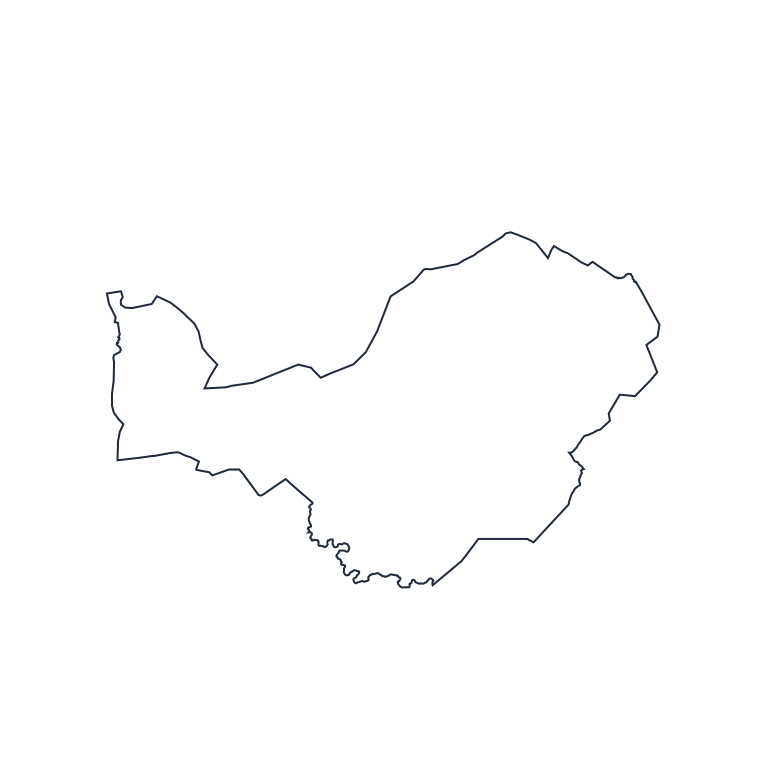 outline of Suru, Kebbi, Nigeria, rotated 62°
{"feature_id": "59680162B61567493958965", "entity_name": "Suru", "entity_type": "district", "adm_level": 2, "iso_a3": "NGA", "parent_name": "Nigeria", "parent_adm1": "Kebbi", "projection": "robinson", "projection_center": [4.167, 11.787], "detail": "fine", "context": "isolated", "style": "outline", "palette": "slate", "viewbox_px": 768, "rotation_deg": 62, "n_neighbors": 0, "source": "geoboundaries", "source_scale": "gbopen_adm2", "svg_char_len": 6165}
<svg xmlns="http://www.w3.org/2000/svg" viewBox="0 0 768 768"><g transform="rotate(62 384 384)"><path d="M330.8,183.7L324.5,188.0L315.1,195.9L309.5,200.9L308.2,206.0L309.5,210.0L311.8,240.2L312.6,243.5L312.2,255.2L312.7,262.5L304.7,288.8L301.9,293.4L301.7,295.2L307.3,309.9L309.7,337.0L334.3,365.4L347.4,385.2L352.3,401.8L349.4,427.3L348.8,436.9L340.3,439.5L335.3,440.8L326.6,450.6L321.4,499.0L316.5,512.6L314.3,518.6L312.6,525.3L303.7,544.5L296.3,535.0L288.6,522.1L275.0,525.8L266.8,527.3L258.5,525.3L250.8,523.1L241.4,523.1L232.4,526.2L227.1,527.8L220.4,530.5L216.7,532.1L212.0,534.3L199.9,543.3L204.3,551.5L198.8,570.5L195.1,576.6L190.6,579.0L187.8,577.8L186.4,576.8L184.6,573.8L178.7,572.7L174.0,586.1L184.0,589.2L199.0,589.6L203.0,592.7L205.1,590.2L214.4,593.6L215.6,593.7L217.7,595.7L217.9,596.7L218.8,596.7L219.4,596.1L220.2,596.4L220.5,597.6L221.2,598.5L222.4,598.9L222.8,599.3L222.4,600.6L223.4,601.4L224.4,601.3L225.3,600.8L227.7,600.0L230.4,600.4L231.7,602.2L231.7,607.1L231.8,608.9L233.8,610.7L238.2,612.2L254.1,621.1L265.0,628.8L275.4,634.3L282.3,636.0L290.8,634.8L297.2,633.0L302.1,639.6L309.5,645.6L326.2,655.1L333.7,636.2L338.9,622.0L339.6,620.9L344.4,605.7L346.9,599.3L348.1,597.3L354.1,592.9L354.9,592.0L355.4,591.8L357.2,589.7L365.6,583.8L370.9,589.7L371.7,590.0L380.0,579.6L384.1,578.5L386.7,561.1L391.5,552.0L397.4,550.6L423.0,546.9L424.5,545.4L424.8,544.4L424.8,542.0L421.9,517.1L421.8,515.4L428.8,513.0L454.9,502.9L455.9,503.2L456.1,503.8L456.3,505.8L456.8,506.7L457.1,507.7L457.8,507.9L459.3,507.4L460.2,507.4L460.9,507.9L461.3,508.7L462.2,509.4L464.0,509.8L464.8,510.3L465.9,511.9L467.6,513.8L469.6,514.4L472.0,514.8L474.2,514.8L475.2,515.1L475.7,515.9L475.2,517.8L475.5,518.6L476.1,519.2L476.7,519.2L477.4,518.9L478.4,518.8L479.0,519.2L479.5,520.5L480.4,518.5L481.3,517.9L482.4,517.9L483.1,518.4L484.0,519.9L485.0,521.3L485.6,521.3L486.8,520.7L487.8,521.2L488.5,521.0L488.8,520.3L488.8,518.7L489.4,517.8L490.0,516.9L491.0,515.9L491.7,515.6L492.5,516.2L493.1,516.1L495.1,517.4L496.3,517.4L497.0,515.9L497.8,515.3L498.3,514.3L498.7,513.8L499.7,513.3L500.4,512.5L500.3,511.6L500.1,510.7L499.8,509.9L499.2,509.1L497.9,508.7L497.0,508.2L496.1,507.4L495.8,506.6L496.5,505.6L496.0,504.7L496.2,504.1L497.3,502.3L498.0,502.5L498.9,503.0L499.5,503.6L500.1,504.0L501.3,504.5L503.6,504.5L504.1,504.7L505.2,503.9L505.5,503.3L505.7,501.6L505.3,500.8L504.6,500.3L504.3,499.8L504.2,498.8L504.5,498.0L505.7,496.6L505.8,495.4L505.8,494.4L506.2,493.5L508.2,491.5L512.1,491.4L512.6,491.9L513.5,492.5L514.1,493.1L514.5,493.8L514.9,494.6L514.7,495.3L514.3,495.9L513.5,496.7L512.6,497.2L511.5,498.9L511.1,499.8L510.5,500.7L510.2,501.5L510.9,502.4L511.5,502.9L511.9,504.0L512.6,505.4L512.8,506.3L513.1,506.5L514.0,506.9L514.5,506.8L515.0,506.4L515.8,506.7L516.5,506.7L516.9,506.1L517.5,505.5L518.3,505.1L519.1,504.9L519.9,505.3L520.8,505.3L521.7,505.0L522.1,505.9L522.8,506.4L523.5,506.4L524.0,506.0L524.9,504.5L525.7,503.8L526.1,503.6L526.6,503.8L527.0,504.1L527.4,504.7L527.7,505.4L528.2,506.0L529.6,506.7L531.1,507.9L533.1,507.9L534.2,507.7L535.0,507.3L535.8,506.0L535.9,505.0L535.9,504.3L535.7,503.8L535.1,503.3L534.8,502.6L534.5,500.8L534.8,500.2L534.6,499.5L534.4,498.9L534.3,498.2L534.4,497.6L535.4,496.4L536.6,495.6L537.1,495.1L537.2,494.6L537.8,494.1L538.3,494.2L538.8,494.4L539.2,494.7L540.1,496.3L540.2,497.8L540.7,498.1L541.4,499.2L541.6,499.9L541.7,500.3L541.7,500.9L541.5,501.5L541.6,501.9L541.9,502.5L542.7,503.0L544.6,503.4L545.4,503.2L546.1,502.9L546.7,502.5L546.9,501.7L546.8,500.0L547.4,498.5L547.4,497.2L547.8,495.5L548.3,494.9L549.1,494.4L549.6,493.9L549.6,493.1L550.1,490.7L550.0,490.0L549.6,489.5L549.1,489.2L548.5,489.3L548.0,489.1L547.6,488.6L547.1,488.3L546.7,487.2L546.3,486.7L546.1,486.2L546.2,485.5L546.5,484.9L546.5,484.2L546.3,483.3L546.6,482.7L547.0,482.3L547.3,481.4L547.6,479.7L548.0,478.4L548.6,477.9L549.3,477.5L549.9,477.3L551.8,475.9L552.8,475.7L553.1,475.3L553.8,474.0L554.7,473.6L555.0,473.2L555.2,472.1L555.2,471.0L555.4,469.9L555.2,467.8L555.4,467.0L556.6,465.9L557.5,464.5L558.6,463.0L559.0,462.5L559.4,462.6L560.0,461.8L560.5,461.6L561.5,461.8L562.5,460.8L563.2,460.8L563.9,461.1L565.1,462.9L565.2,463.4L565.0,464.5L565.6,465.0L567.0,465.3L569.2,465.1L570.0,464.8L571.1,464.5L571.5,464.2L572.5,462.9L573.0,461.5L574.0,460.0L574.4,459.1L574.5,458.3L574.9,458.0L575.2,457.4L575.1,456.8L574.7,456.3L573.9,455.8L572.8,455.5L572.4,455.1L572.7,453.8L572.5,453.3L572.1,452.8L570.8,451.7L570.4,451.0L570.5,450.1L570.8,449.7L571.7,449.1L572.1,449.3L572.9,449.3L573.7,449.1L574.3,448.8L575.0,448.2L576.7,446.9L577.1,446.1L577.3,445.1L578.4,443.9L578.7,442.9L578.8,441.8L578.6,440.7L578.9,440.3L579.0,439.7L578.1,437.8L577.3,435.4L577.6,433.8L579.7,432.8L580.9,432.8L581.2,433.7L582.0,434.3L583.4,435.2L584.5,435.4L576.8,398.9L574.3,393.0L565.1,373.4L588.0,330.3L594.0,326.3L577.1,277.6L573.8,274.9L570.9,271.8L568.7,269.1L568.2,267.8L567.5,266.7L566.8,265.8L566.3,264.9L566.0,264.0L565.7,263.1L565.3,259.7L565.4,258.5L564.1,257.8L563.2,257.5L562.6,257.6L560.7,256.9L559.5,256.2L559.1,255.8L559.0,255.3L557.7,253.9L557.2,253.7L556.4,252.5L556.1,252.3L555.7,251.5L555.6,251.0L553.1,250.8L552.7,250.0L552.6,249.7L552.6,249.1L552.7,248.7L552.9,247.5L549.9,248.1L546.4,249.6L545.6,249.7L545.1,249.5L544.7,249.5L544.0,249.7L542.1,251.4L541.6,251.7L540.3,252.1L536.2,251.9L531.6,252.8L532.6,250.6L531.9,247.7L531.4,246.3L530.3,243.3L529.3,242.0L528.5,240.6L527.5,238.4L526.4,236.6L525.4,234.7L524.0,231.6L524.1,230.3L524.9,227.4L525.0,224.9L525.3,222.4L525.2,220.4L525.0,218.3L525.8,214.5L522.5,201.8L515.5,199.4L504.1,180.8L512.6,168.1L508.1,154.2L506.2,147.9L502.0,137.3L472.7,134.0L470.6,120.2L460.9,112.9L422.6,113.2L413.3,113.7L412.6,113.9L411.8,113.7L411.4,114.7L411.0,115.1L409.7,114.5L408.1,115.1L405.8,114.2L404.1,114.6L403.2,114.5L402.6,114.6L401.9,115.7L401.4,116.7L401.2,117.9L401.2,119.1L401.7,120.3L402.4,122.4L402.1,123.5L401.8,124.1L401.8,125.1L401.4,126.0L400.6,126.4L400.4,126.8L400.6,127.7L400.2,128.2L399.0,128.6L398.5,129.8L374.1,142.5L375.0,148.4L369.6,152.4L354.6,160.5L352.2,162.7L348.4,165.4L344.2,167.8L341.9,169.2L344.2,173.3L349.8,180.1L330.8,183.7Z" fill="none" stroke="#1e293b" stroke-width="2"/></g></svg>